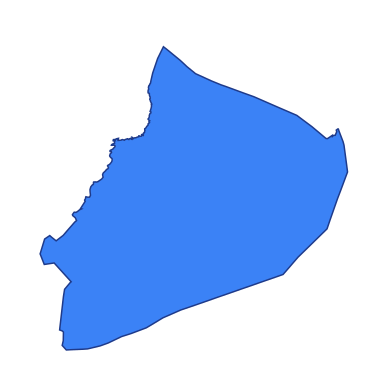 San Cristóbal Amoltepec, Oaxaca, Mexico (Albers equal-area conic projection), rotated 355°
{"feature_id": "50627088B93065447569005", "entity_name": "San Cristóbal Amoltepec", "entity_type": "district", "adm_level": 2, "iso_a3": "MEX", "parent_name": "Mexico", "parent_adm1": "Oaxaca", "projection": "albers", "projection_center": [-97.593, 17.286], "detail": "fine", "context": "isolated", "style": "filled", "palette": "blue", "viewbox_px": 384, "rotation_deg": 355, "n_neighbors": 0, "source": "geoboundaries", "source_scale": "gbopen_adm2", "svg_char_len": 3614}
<svg xmlns="http://www.w3.org/2000/svg" viewBox="0 0 384 384"><g transform="rotate(355 192 192)"><path d="M346.9,155.1L343.7,143.9L343.3,142.0L342.7,141.9L341.1,142.9L341.4,144.6L339.6,148.0L338.0,147.9L336.7,148.9L336.7,147.8L331.7,150.6L330.2,150.4L317.1,137.3L310.7,131.6L303.1,124.8L285.3,115.2L262.0,102.5L251.8,97.8L234.8,89.8L230.3,87.8L220.6,82.8L205.8,74.4L204.7,73.3L198.0,66.8L191.8,59.9L178.7,47.1L176.2,44.8L169.4,56.0L163.2,70.1L160.9,77.2L160.7,77.9L160.0,80.3L159.4,80.7L158.8,82.1L158.4,82.2L157.7,83.8L157.8,85.8L157.3,86.5L157.0,87.6L156.9,89.4L158.1,90.1L158.0,91.3L158.1,92.5L158.6,93.8L158.5,94.4L158.6,95.0L158.0,95.7L158.1,96.5L158.6,97.4L158.5,98.1L159.0,99.2L159.6,100.9L159.1,101.1L159.2,102.6L158.7,104.6L158.2,105.9L157.4,107.8L157.7,107.8L158.0,108.7L157.9,109.6L157.8,109.8L157.1,110.0L156.5,111.1L156.1,112.1L156.0,113.4L155.4,114.6L154.6,115.4L154.7,116.0L156.1,117.4L155.3,117.9L155.2,118.5L155.7,119.2L154.1,120.4L154.1,121.4L153.4,122.2L152.7,122.6L151.6,124.2L150.4,124.9L150.3,126.1L150.5,126.4L150.0,127.8L149.9,128.5L149.5,128.9L149.0,128.9L148.5,129.5L148.3,130.3L148.5,130.7L148.5,131.1L148.4,131.4L147.3,131.0L147.1,130.4L146.8,130.4L146.8,130.7L146.9,131.2L146.9,131.6L146.2,132.1L144.7,131.8L144.2,131.4L143.9,131.4L143.8,131.6L143.8,132.2L142.1,132.6L141.7,132.7L141.0,133.0L139.8,133.1L139.0,133.0L138.1,133.7L137.2,132.3L136.9,132.2L137.0,132.6L137.5,133.5L137.3,134.0L136.9,134.4L136.3,134.2L135.5,133.2L134.2,133.6L133.7,134.2L133.0,133.9L132.8,133.5L132.4,133.3L129.7,134.0L129.3,134.4L129.2,134.5L127.8,133.9L127.3,133.7L126.6,133.8L125.9,134.2L125.2,134.2L122.8,134.2L122.8,133.8L123.2,133.0L123.4,132.3L122.7,132.5L122.8,132.2L121.4,132.4L121.0,132.5L120.6,132.8L120.4,133.0L119.0,133.0L119.8,134.1L119.5,134.1L118.9,132.9L118.7,132.9L118.0,133.4L117.9,133.8L118.0,134.2L118.8,134.2L119.3,135.0L119.1,135.6L119.1,136.9L118.5,137.0L118.3,137.0L117.3,137.2L117.1,137.3L116.4,137.6L115.7,138.3L116.0,138.5L116.7,138.5L117.7,138.5L119.1,138.9L119.3,139.2L119.3,139.9L118.7,140.8L118.0,141.2L117.3,141.8L117.1,142.2L116.0,142.7L114.9,143.1L114.2,143.4L113.8,144.0L113.9,144.4L114.6,144.3L115.1,144.6L115.2,144.9L115.3,145.5L115.0,146.0L114.3,146.3L113.8,147.0L113.2,148.5L113.1,148.8L113.2,149.2L113.7,150.1L114.3,150.9L114.9,151.4L115.2,151.8L115.3,152.8L114.9,154.3L114.3,155.3L113.0,156.6L112.4,157.2L111.7,157.6L110.8,157.9L110.3,158.3L110.1,158.6L110.5,159.3L110.9,160.7L110.4,161.2L110.0,161.7L108.7,162.1L108.1,163.0L105.9,164.8L105.5,165.0L105.2,165.5L104.9,165.9L104.6,166.6L104.4,167.0L104.7,169.6L104.0,170.3L103.4,171.0L102.5,171.6L100.7,172.6L100.0,173.0L99.6,173.4L99.0,173.4L98.0,173.8L96.4,173.5L95.3,173.5L94.8,173.5L94.7,173.7L94.5,175.5L94.1,176.0L93.4,176.2L92.5,177.1L91.6,178.1L90.6,180.7L90.5,183.2L90.6,186.4L89.5,188.2L87.7,188.1L86.5,187.7L85.9,187.5L85.5,188.4L85.3,189.4L84.3,190.7L84.4,191.2L84.8,191.9L82.2,195.3L79.5,198.8L80.5,199.2L78.5,199.9L76.3,201.4L74.7,202.2L73.3,201.9L72.8,201.9L70.9,204.1L71.1,205.1L72.6,206.6L73.5,207.5L73.8,208.4L74.5,210.4L72.5,211.8L64.7,219.3L59.9,224.0L52.4,228.8L48.4,225.0L46.5,223.0L41.1,226.0L35.3,240.4L38.5,251.3L48.5,250.7L63.8,270.9L62.8,271.6L56.6,277.8L54.8,285.0L48.1,317.9L50.8,319.2L51.7,320.3L50.8,328.9L49.3,333.5L53.0,338.4L58.7,338.6L69.5,339.1L74.3,339.2L87.1,337.3L95.4,335.1L109.2,329.9L119.0,327.7L134.7,323.3L152.1,314.8L170.4,308.6L186.3,304.7L206.7,299.5L253.4,287.7L275.5,282.1L280.4,277.4L291.9,266.2L302.3,257.7L323.3,240.5L327.1,231.9L336.4,211.3L340.2,203.5L348.7,185.6L348.4,178.2L347.5,158.6L346.9,155.1Z" fill="#3b82f6" stroke="#1e3a8a" stroke-width="1.5"/></g></svg>